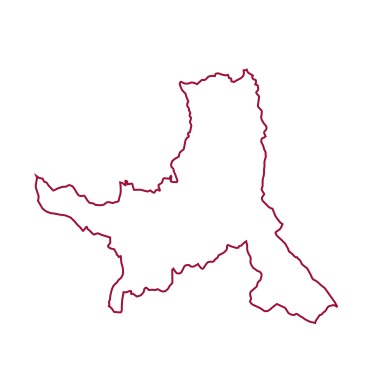 Anh Son, Nghệ An, Vietnam (Albers equal-area conic projection), rotated 276°
{"feature_id": "81297802B23970425053168", "entity_name": "Anh Son", "entity_type": "district", "adm_level": 2, "iso_a3": "VNM", "parent_name": "Vietnam", "parent_adm1": "Nghệ An", "projection": "albers", "projection_center": [105.043, 18.967], "detail": "fine", "context": "isolated", "style": "outline", "palette": "rose", "viewbox_px": 384, "rotation_deg": 276, "n_neighbors": 0, "source": "geoboundaries", "source_scale": "gbopen_adm2", "svg_char_len": 6005}
<svg xmlns="http://www.w3.org/2000/svg" viewBox="0 0 384 384"><g transform="rotate(276 192 192)"><path d="M191.7,35.5L190.0,36.4L182.6,35.9L180.2,36.2L171.8,39.9L169.4,40.0L167.3,39.7L160.2,44.8L159.0,46.4L157.4,49.2L156.2,53.7L156.2,57.4L155.7,62.1L155.5,68.4L154.2,73.1L153.6,74.4L150.6,78.2L147.2,81.7L145.4,84.2L142.0,87.6L142.3,88.1L146.2,90.5L146.3,91.0L144.4,92.1L143.8,92.6L143.4,93.6L139.7,98.2L139.5,99.2L140.7,101.6L141.1,102.8L140.0,106.3L138.2,115.4L132.9,116.0L129.9,114.2L129.1,114.2L128.7,114.5L127.9,115.7L127.4,116.8L126.8,120.8L125.5,121.5L123.2,123.4L121.9,123.6L121.3,124.6L119.7,126.0L120.7,127.4L120.7,127.9L114.4,129.1L109.8,130.9L106.5,131.7L104.4,131.9L101.5,131.5L98.9,130.2L97.2,128.4L93.9,126.6L92.0,124.8L89.9,123.4L86.2,122.4L83.0,121.9L80.0,121.6L76.8,121.7L73.9,120.9L71.6,121.6L69.7,121.2L69.3,122.4L67.8,124.3L64.9,126.8L64.6,127.3L64.7,133.0L65.1,133.9L65.9,134.3L67.5,134.5L71.5,134.1L77.9,133.9L85.2,134.4L85.3,137.0L86.9,140.2L87.2,141.6L86.5,141.9L84.4,142.1L84.3,142.5L84.7,143.7L84.6,144.0L82.3,148.1L83.2,150.4L83.8,151.6L85.0,152.8L87.2,154.3L90.9,154.9L92.0,156.0L92.0,156.7L90.0,159.5L90.6,162.4L90.7,166.1L91.8,167.8L90.1,172.3L90.1,174.2L90.4,175.3L91.0,176.3L93.4,178.4L96.1,179.5L99.6,182.0L112.5,180.5L113.8,181.5L110.1,184.7L109.7,185.2L109.5,187.0L110.0,188.8L110.6,189.5L111.4,190.0L116.6,191.9L117.8,192.6L118.6,193.9L119.1,196.7L118.1,198.0L117.8,198.8L117.8,200.5L118.1,201.7L121.0,205.6L120.0,206.2L117.3,209.0L116.9,209.7L116.8,210.6L117.2,211.2L122.9,214.3L123.9,215.3L124.7,217.9L124.7,219.5L125.2,220.8L127.7,222.3L129.1,224.0L131.9,225.2L133.9,228.4L135.1,230.0L136.8,231.5L138.2,232.4L139.4,232.7L141.5,232.5L142.8,232.9L143.0,233.3L142.9,234.1L142.2,235.8L141.0,241.8L141.5,244.0L142.5,244.2L143.1,244.6L143.9,246.6L147.0,249.1L148.6,251.1L146.8,251.6L145.4,252.3L140.9,252.9L139.1,253.3L136.6,254.7L133.7,256.8L132.7,257.2L131.1,257.4L128.0,257.4L125.0,259.1L122.8,260.9L121.7,263.2L120.5,265.0L119.8,267.5L119.3,268.4L117.5,269.8L115.8,269.9L112.4,269.4L111.4,269.1L109.7,267.4L108.8,266.9L104.7,266.2L99.1,260.9L97.8,260.4L94.9,260.8L92.5,261.9L91.7,261.9L89.4,261.1L89.0,261.2L87.4,262.5L86.2,264.4L84.3,270.1L83.4,272.4L81.4,276.0L81.1,276.9L81.2,278.0L81.5,279.5L82.7,281.3L85.8,284.2L89.5,288.1L86.8,295.9L86.1,297.1L81.9,300.4L81.3,301.3L80.4,303.9L80.3,305.6L80.7,307.2L81.6,308.2L81.6,309.4L79.6,313.0L78.7,315.3L77.2,317.7L76.0,320.8L75.3,323.0L74.6,328.1L75.5,328.2L77.8,329.0L79.2,329.9L82.8,331.7L83.6,333.6L86.4,335.7L86.9,336.5L88.9,337.8L90.8,338.6L92.2,339.5L92.9,340.6L94.2,344.1L94.2,345.7L93.2,347.8L92.6,348.5L93.8,348.0L97.2,345.6L110.1,334.3L113.2,329.5L115.3,326.7L116.6,324.6L117.7,321.7L118.7,320.7L122.7,318.3L128.1,314.5L130.9,310.0L131.7,308.9L134.9,306.9L136.1,305.7L137.0,304.0L138.1,303.4L138.0,301.8L139.1,300.1L139.8,299.5L140.7,298.5L141.2,297.4L142.2,296.4L142.4,295.4L143.0,295.0L143.1,294.6L145.5,293.5L150.3,290.2L154.2,285.4L156.9,281.6L158.0,280.5L160.2,279.3L160.8,279.4L164.0,283.1L165.6,284.1L169.5,285.4L170.7,283.1L174.8,279.1L177.4,277.1L183.8,273.8L184.2,271.8L185.2,269.8L190.5,263.3L191.9,262.4L192.9,262.2L194.0,262.3L197.5,264.1L200.0,262.1L201.8,261.0L202.9,261.0L205.3,261.6L211.4,261.0L215.7,261.6L219.3,261.6L221.9,261.3L225.2,261.4L229.2,260.9L231.6,261.1L234.4,261.7L239.4,261.0L241.8,259.4L245.2,258.1L249.2,255.6L250.4,255.6L251.8,255.6L252.8,256.3L254.0,258.4L255.1,259.4L257.9,257.7L259.0,257.5L259.6,257.7L261.9,259.2L262.9,259.4L264.0,259.4L265.6,258.6L267.0,257.0L268.7,255.5L271.3,253.7L273.3,253.0L278.2,253.1L280.0,252.8L280.7,252.3L283.4,249.1L284.8,248.5L294.0,248.8L296.9,245.8L297.6,245.5L298.1,245.5L299.9,246.8L300.9,247.1L302.0,247.1L304.6,246.2L305.1,245.7L305.6,243.7L307.2,244.2L309.2,244.0L310.0,243.6L310.3,243.0L310.3,242.2L310.8,240.9L311.8,240.2L312.5,239.8L313.0,239.8L313.8,240.4L314.2,240.4L316.2,236.0L316.6,235.4L317.8,234.4L319.4,233.7L318.9,232.9L318.4,230.6L315.6,231.2L313.8,231.1L311.9,230.2L310.3,228.7L307.0,223.7L305.8,222.3L306.2,219.7L308.9,219.1L309.2,217.0L312.2,215.6L311.5,213.3L311.8,210.0L312.6,206.8L312.7,204.9L312.2,203.5L311.5,202.9L309.6,202.6L309.6,199.5L308.9,197.1L307.8,195.7L305.3,193.8L304.6,192.4L304.6,190.7L304.3,189.9L299.7,185.7L300.7,182.9L300.9,180.8L300.8,179.6L299.7,177.6L299.3,175.9L299.1,173.8L300.4,169.4L300.0,168.9L298.9,168.6L297.8,168.6L294.4,170.2L292.2,171.6L289.3,175.0L288.5,175.6L286.9,176.1L281.4,178.9L279.2,178.0L277.1,178.3L274.9,180.1L272.9,180.5L270.5,182.0L267.8,181.6L266.7,182.1L266.4,182.8L265.6,183.3L263.4,183.1L262.3,182.6L261.1,182.7L259.1,184.0L257.8,184.4L251.7,183.8L251.0,183.5L250.7,182.4L249.7,182.0L248.7,182.0L247.6,182.9L246.6,182.9L246.2,182.6L245.2,181.2L242.6,180.1L234.2,179.4L233.2,179.0L232.2,177.8L230.0,175.8L227.8,175.3L225.9,175.2L222.9,171.1L221.6,170.0L220.4,169.0L217.8,168.4L216.2,168.5L214.9,168.9L213.3,170.8L212.7,171.2L210.4,171.9L207.1,173.8L202.0,176.2L201.0,176.3L200.2,175.7L199.9,172.1L200.3,170.0L200.7,169.6L205.0,169.9L205.8,169.4L205.2,168.9L203.1,168.3L202.8,168.0L202.8,163.0L202.5,162.4L201.8,161.9L198.9,161.3L197.8,160.9L195.6,158.1L194.2,158.1L190.7,159.8L190.1,159.8L189.9,159.4L190.8,158.4L190.8,157.6L189.9,155.9L187.8,154.8L187.3,154.2L187.3,153.9L188.0,152.3L189.2,150.4L187.8,147.7L188.9,140.8L188.1,134.0L193.8,131.7L194.0,130.9L193.0,127.4L195.5,126.4L196.0,126.0L196.2,124.7L195.7,124.5L192.3,125.4L192.0,125.3L191.7,124.9L193.7,121.7L194.0,119.6L189.7,120.5L184.8,121.1L182.2,121.0L179.3,120.4L175.8,120.0L175.0,119.7L172.7,114.1L173.2,110.9L173.0,109.0L172.3,107.7L171.0,106.6L170.0,105.2L169.7,104.6L169.1,100.9L169.2,99.1L169.0,97.7L170.4,94.7L170.4,92.1L170.6,91.1L172.7,88.8L176.6,85.8L177.0,85.2L177.0,84.3L176.3,82.2L176.8,79.5L179.2,77.4L181.4,75.9L184.6,73.2L185.3,72.1L185.9,70.3L186.0,69.1L185.7,68.3L184.4,66.6L184.1,65.9L183.8,63.6L183.2,61.7L181.7,58.4L179.2,54.6L179.0,53.8L183.2,48.9L186.3,46.2L186.5,44.7L187.1,43.7L189.2,42.4L189.7,41.9L190.0,38.4L191.7,35.5Z" fill="none" stroke="#9f1239" stroke-width="2"/></g></svg>